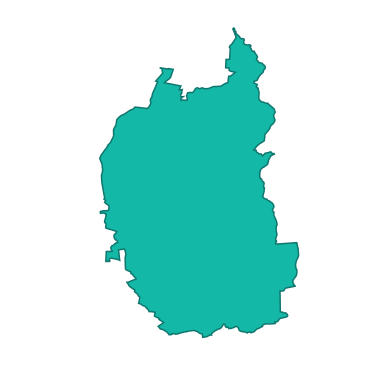 the district of Magesti, Bihor, Romania, rotated 167°
{"feature_id": "2599482B73401020399512", "entity_name": "Magesti", "entity_type": "district", "adm_level": 2, "iso_a3": "ROU", "parent_name": "Romania", "parent_adm1": "Bihor", "projection": "robinson", "projection_center": [22.44, 46.993], "detail": "fine", "context": "isolated", "style": "filled", "palette": "teal", "viewbox_px": 384, "rotation_deg": 167, "n_neighbors": 0, "source": "geoboundaries", "source_scale": "gbopen_adm2", "svg_char_len": 5996}
<svg xmlns="http://www.w3.org/2000/svg" viewBox="0 0 384 384"><g transform="rotate(167 192 192)"><path d="M291.6,143.7L287.9,142.9L287.5,143.3L288.0,144.4L288.0,144.9L286.5,145.7L285.6,145.8L278.9,142.6L277.8,141.7L276.6,152.2L270.7,151.6L270.4,150.2L270.4,146.4L272.1,142.4L274.1,132.2L273.8,131.1L269.6,127.8L269.8,126.6L269.7,126.0L268.7,125.6L267.9,123.5L266.3,120.7L266.0,119.8L274.7,118.5L275.8,118.7L275.8,118.4L275.5,118.3L275.1,117.4L274.7,115.6L274.0,113.9L270.7,110.3L269.7,109.5L270.4,108.2L270.3,107.7L269.0,105.9L268.0,104.8L267.6,102.8L266.8,102.0L266.6,101.6L266.9,100.3L268.4,96.8L269.1,95.5L267.3,94.5L265.3,92.2L263.6,91.4L262.4,89.0L261.5,88.1L260.6,85.0L259.0,84.7L254.9,83.1L256.1,80.8L256.5,79.4L252.2,76.0L252.8,75.2L248.9,71.2L255.2,68.7L253.6,65.6L252.2,65.1L250.3,63.6L247.7,61.0L246.4,58.0L243.9,57.7L243.8,58.4L241.7,58.2L240.4,57.3L237.7,56.9L235.8,57.2L231.3,57.3L230.6,57.5L229.0,57.0L225.9,57.3L223.7,56.8L222.7,56.9L221.4,56.7L218.3,54.9L216.3,52.6L213.9,51.3L214.3,48.0L212.1,47.8L209.3,47.8L207.7,48.5L207.4,48.3L206.3,48.6L205.1,48.2L204.8,49.4L204.2,49.9L201.4,51.4L198.1,52.2L197.1,52.7L196.5,52.7L196.1,52.4L194.4,53.0L192.3,54.7L191.3,56.1L189.7,55.6L189.6,54.7L189.8,53.6L189.6,53.1L188.8,52.3L187.5,52.2L187.0,51.5L186.8,50.6L184.5,50.3L181.2,50.6L180.0,51.1L179.2,51.1L178.1,50.4L177.4,49.0L177.3,47.6L176.9,46.3L176.4,45.7L173.8,44.3L173.2,44.1L172.8,44.4L170.3,42.5L169.6,42.2L168.9,42.7L166.9,42.6L166.6,41.8L166.1,41.6L163.0,41.9L159.3,44.1L158.2,44.0L153.4,45.2L153.3,46.3L151.6,46.9L148.5,46.7L146.9,46.1L142.9,45.4L140.6,45.2L140.9,45.9L140.4,46.9L139.8,46.5L138.9,46.4L137.4,46.8L136.4,47.5L135.6,48.6L134.3,49.0L128.2,49.0L126.9,49.5L126.5,50.2L127.1,52.2L128.0,53.2L128.7,53.1L129.2,53.2L130.0,54.1L132.9,55.4L128.5,75.8L126.3,75.2L125.0,75.1L124.6,75.3L123.4,76.7L122.5,77.3L112.1,77.0L113.9,77.9L113.4,78.7L113.9,80.1L114.0,82.1L113.0,83.8L109.2,87.0L107.8,90.1L107.4,92.8L107.9,95.0L107.4,98.0L106.3,100.6L104.9,102.8L104.0,103.6L102.4,106.1L101.3,113.4L101.5,113.5L101.5,114.1L101.3,117.8L101.4,119.1L119.8,122.0L121.8,122.5L122.2,123.0L122.2,123.5L121.8,124.0L120.8,124.5L120.9,125.8L121.3,126.3L120.7,128.3L118.9,131.0L118.7,133.0L118.6,136.2L117.4,140.1L116.6,140.6L116.3,142.0L116.3,143.6L116.6,146.9L117.5,150.7L117.2,152.5L116.6,153.9L117.3,154.5L117.8,156.2L115.5,159.1L115.4,160.5L115.5,161.1L116.4,163.4L117.0,163.8L117.9,165.3L119.4,166.3L120.2,167.0L120.6,168.1L122.7,169.1L124.2,171.4L121.6,176.4L121.2,178.0L120.5,179.7L120.9,180.1L121.0,180.6L120.6,182.6L119.9,183.8L119.8,184.3L120.1,184.6L119.8,185.3L120.4,186.1L120.9,186.4L120.9,186.8L121.3,187.6L121.3,188.8L121.8,189.5L122.4,189.7L122.4,190.8L122.6,191.0L122.4,192.8L121.9,193.7L121.8,195.4L121.3,195.8L120.9,197.3L120.4,197.6L120.2,198.2L119.2,199.1L118.5,199.5L116.8,200.1L116.4,200.1L112.3,201.9L111.9,202.4L111.8,203.3L111.3,203.4L109.9,206.5L109.2,207.0L107.5,209.1L104.2,210.3L103.3,210.3L103.5,211.1L105.3,211.5L106.2,213.5L108.9,213.2L112.0,213.3L115.2,211.3L116.0,213.5L118.3,214.2L118.8,215.1L120.2,216.4L120.4,216.7L120.1,218.1L120.6,218.5L121.7,218.6L122.4,219.0L117.6,222.8L117.2,222.8L114.5,224.2L113.9,224.2L110.3,225.5L109.8,226.0L109.8,226.9L108.9,228.4L108.6,230.1L108.2,231.3L107.5,232.0L103.6,234.9L102.0,236.3L101.0,238.1L100.3,238.8L97.5,240.4L95.5,242.4L95.6,242.5L94.9,243.8L95.3,245.7L95.3,248.3L94.2,249.8L93.0,250.9L93.3,254.6L97.7,260.4L98.1,261.4L100.4,262.0L101.9,263.4L103.6,264.0L104.4,264.7L105.6,266.7L105.9,268.2L104.2,274.1L104.5,277.1L104.1,278.2L105.2,279.1L105.7,280.1L104.3,281.7L104.3,282.2L106.3,283.6L106.9,284.3L106.9,284.9L106.8,285.7L106.3,285.9L104.2,286.0L103.2,286.4L101.3,288.9L100.3,289.8L98.2,291.3L96.3,292.3L95.6,292.9L94.4,295.2L93.2,295.6L92.4,297.6L93.2,299.4L93.8,299.8L94.6,301.6L97.5,303.0L99.3,306.6L99.4,306.9L97.8,308.7L98.2,310.8L98.8,311.9L99.9,315.3L100.4,315.0L101.5,315.6L102.1,317.1L102.1,318.2L102.9,320.1L101.8,321.0L101.7,321.5L102.8,322.6L104.4,322.5L107.1,323.8L107.9,324.6L108.2,325.6L107.8,326.8L106.9,328.3L107.0,329.4L108.1,330.1L109.2,330.0L110.5,331.4L110.8,332.8L113.2,336.3L113.5,337.7L113.2,338.5L114.4,340.1L114.3,341.0L113.9,340.8L113.7,341.1L114.0,342.0L114.5,342.4L115.6,341.6L115.1,339.6L114.2,332.6L119.4,327.6L122.6,325.5L123.0,324.3L122.4,323.3L125.5,312.8L129.0,313.5L131.3,305.4L127.9,304.4L128.5,302.2L127.1,300.9L122.8,298.9L128.4,296.2L130.1,296.6L130.8,295.2L132.4,290.5L135.5,290.2L139.7,288.7L140.8,288.7L147.6,289.9L152.8,289.1L157.2,290.0L157.9,291.0L159.7,291.2L161.2,290.8L163.6,292.5L165.7,291.7L167.3,289.9L169.0,288.7L171.6,289.5L174.0,289.6L175.6,287.0L175.6,283.5L176.2,283.2L176.1,282.7L176.6,282.4L180.5,283.8L182.2,284.1L181.4,285.9L179.1,286.9L180.8,287.2L181.5,287.8L181.4,289.0L179.6,290.8L179.7,291.8L179.2,292.4L178.4,294.0L181.0,294.0L181.5,294.3L179.0,297.8L194.2,304.6L192.6,305.7L188.9,307.3L187.1,308.5L182.7,315.7L187.4,317.6L187.6,317.1L195.5,320.4L193.7,318.9L193.7,316.8L193.9,314.3L202.4,308.2L200.6,307.3L206.0,299.8L208.2,297.0L209.8,293.5L210.7,292.8L211.4,291.9L212.0,290.9L212.1,288.1L212.6,287.2L214.2,285.1L216.6,283.4L228.5,287.6L230.3,286.2L233.9,285.6L240.1,283.2L244.1,282.4L246.5,281.2L249.0,279.4L250.8,275.0L251.5,273.8L253.6,271.6L254.5,270.3L255.7,264.4L256.8,262.8L259.0,260.3L260.2,258.6L263.5,256.5L265.0,254.5L267.7,252.4L270.4,249.9L271.7,249.0L273.9,246.2L274.3,245.4L273.4,238.8L273.8,236.7L274.0,234.0L275.4,230.3L276.1,229.5L276.6,228.1L277.7,221.6L278.4,207.9L278.3,206.3L279.4,204.7L278.0,203.3L278.0,203.1L279.5,201.6L277.9,199.4L276.1,197.5L276.3,195.9L277.4,193.0L278.5,192.9L283.3,193.7L285.6,193.6L286.0,192.8L286.0,191.8L283.4,191.6L281.2,190.5L281.3,190.2L280.7,189.8L281.5,187.3L283.6,183.5L284.0,181.9L283.1,181.0L282.9,180.2L284.1,176.9L284.0,176.2L274.2,170.5L275.3,169.2L277.6,167.7L278.0,166.5L278.0,164.3L277.3,162.5L276.5,162.2L275.9,161.5L275.8,159.6L277.8,159.4L280.7,157.8L282.5,157.4L283.8,155.8L283.2,152.1L288.9,153.3L291.6,143.7Z" fill="#14b8a6" stroke="#0f766e" stroke-width="1.5"/></g></svg>